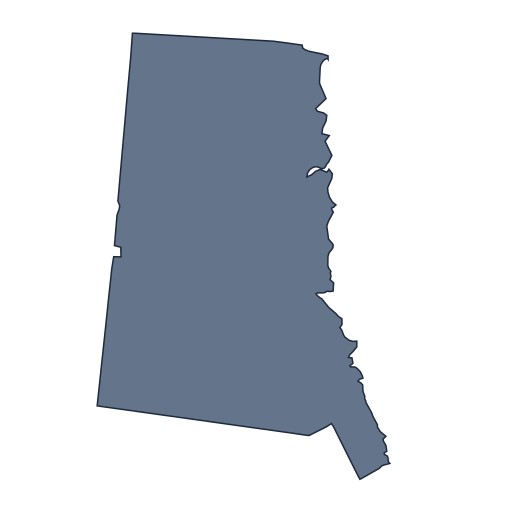 outline of Connecticut, rotated 274°
{"feature_id": "USA-3537", "entity_name": "Connecticut", "entity_type": "State", "adm_level": 1, "iso_a3": "USA", "parent_name": "United States of America", "parent_adm1": "", "projection": "natural_earth1", "projection_center": [-72.846, 41.528], "detail": "fine", "context": "isolated", "style": "filled", "palette": "slate", "viewbox_px": 512, "rotation_deg": 274, "n_neighbors": 0, "source": "natural_earth", "source_scale": "10m", "svg_char_len": 2650}
<svg xmlns="http://www.w3.org/2000/svg" viewBox="0 0 512 512"><g transform="rotate(274 256 256)"><path d="M58.6,403.8L58.4,404.0L57.3,400.8L56.7,398.9L55.6,396.5L54.9,395.6L54.3,395.1L53.3,394.4L52.6,393.6L47.1,385.3L41.7,377.2L40.5,375.2L43.7,373.2L53.6,367.3L66.0,360.0L79.6,352.0L90.5,345.6L94.1,343.0L90.7,338.4L87.8,333.5L84.7,328.3L80.6,321.4L80.9,316.0L81.9,303.0L82.8,290.0L83.7,277.0L84.6,264.0L85.5,251.0L86.4,238.0L87.3,225.0L88.2,212.0L89.1,199.0L90.0,186.0L90.9,173.0L91.8,160.0L92.7,147.0L93.6,134.0L94.5,121.0L95.4,108.0L122.5,109.0L149.7,110.0L176.8,111.0L204.0,111.9L219.0,112.5L233.3,113.0L245.4,114.1L245.7,121.4L255.3,120.5L256.5,114.1L287.1,114.5L292.3,116.0L295.2,116.5L297.1,116.4L301.2,114.4L312.4,114.6L345.4,115.2L378.3,115.8L411.2,116.4L444.2,117.1L469.6,117.2L469.8,120.3L470.0,136.5L470.2,152.7L470.4,168.9L470.6,185.1L470.8,201.3L471.0,217.5L471.2,233.7L471.4,250.0L471.5,258.4L470.8,270.1L469.6,287.4L466.7,288.1L465.3,290.4L464.0,294.2L462.1,308.3L460.7,313.9L457.4,314.2L457.2,314.2L458.1,313.6L456.8,310.8L454.6,308.9L451.6,307.4L448.8,306.9L434.2,307.2L432.1,307.6L417.9,314.9L407.3,305.3L404.7,307.0L403.4,313.6L401.3,316.8L395.7,316.5L388.4,313.6L382.6,313.2L381.3,320.7L375.3,316.9L361.6,324.7L354.5,321.7L352.9,320.3L349.8,319.0L348.4,317.9L347.7,315.8L348.2,313.9L349.1,311.7L349.2,309.1L348.1,306.3L345.9,303.6L342.6,301.7L338.4,301.3L341.0,305.9L344.7,309.6L346.8,314.0L344.5,320.7L346.7,322.3L347.6,322.7L343.3,326.5L338.6,326.2L329.1,322.7L324.8,323.3L319.8,325.2L315.3,328.3L312.5,332.2L311.2,330.9L310.4,330.4L309.9,329.8L309.3,328.3L307.6,328.3L305.1,330.1L295.9,325.9L290.8,324.5L278.0,327.2L276.0,329.1L274.2,331.0L272.5,332.2L269.6,332.1L267.5,331.0L265.5,329.5L263.3,328.3L260.2,327.8L251.7,328.3L249.4,329.1L245.8,331.8L244.1,331.3L241.2,332.2L237.5,331.6L234.6,335.3L226.4,335.4L225.7,332.4L225.8,329.5L224.0,326.3L223.4,319.8L222.5,318.5L220.5,320.3L218.6,323.1L218.0,324.5L209.7,332.2L204.0,339.9L201.9,341.9L199.3,346.1L193.8,346.6L190.4,344.7L188.1,346.7L183.2,348.9L181.2,350.5L179.2,353.6L178.3,355.1L177.6,358.7L178.1,362.5L172.3,362.9L167.7,359.6L165.6,357.8L164.3,356.6L161.2,355.3L161.1,358.8L155.6,360.2L154.1,358.4L153.3,357.6L152.9,357.3L152.0,358.4L152.2,362.1L151.4,364.1L150.0,365.8L147.6,368.3L143.7,370.5L141.6,371.2L140.1,367.7L138.2,366.5L136.6,369.7L134.8,371.4L131.6,371.8L128.0,372.3L124.0,374.2L120.9,374.5L119.1,375.6L117.3,376.1L107.5,382.4L104.4,383.7L96.1,388.9L93.7,389.1L89.4,392.3L85.2,398.2L82.1,395.5L79.9,396.2L75.9,398.9L70.2,400.1L68.7,397.6L67.1,397.9L65.5,401.1L63.6,401.8L60.2,402.3L58.6,403.8Z" fill="#64748b" stroke="#1e293b" stroke-width="1.5"/></g></svg>